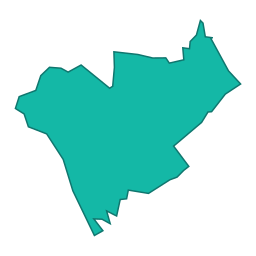 the district of Anderson, Tennessee, United States of America
{"feature_id": "52423323B19003785608571", "entity_name": "Anderson", "entity_type": "district", "adm_level": 2, "iso_a3": "USA", "parent_name": "United States of America", "parent_adm1": "Tennessee", "projection": "mercator", "projection_center": [-84.178, 36.106], "detail": "fine", "context": "isolated", "style": "filled", "palette": "teal", "viewbox_px": 256, "rotation_deg": 0, "n_neighbors": 0, "source": "geoboundaries", "source_scale": "gbopen_adm2", "svg_char_len": 736}
<svg xmlns="http://www.w3.org/2000/svg" viewBox="0 0 256 256"><path d="M212.9,37.8L205.3,36.8L203.0,23.1L200.4,20.5L196.4,35.1L190.2,41.5L189.5,48.7L182.8,47.8L183.8,59.8L169.3,63.1L165.8,57.9L152.7,58.0L137.9,54.5L113.9,51.8L114.4,67.4L112.7,86.3L109.6,88.2L81.1,65.0L68.1,72.1L61.0,68.2L49.5,67.3L40.8,75.6L35.8,90.4L19.2,96.6L15.4,108.5L24.1,113.9L28.4,126.8L46.7,133.9L63.2,159.4L72.9,190.9L94.4,235.5L102.9,230.7L93.8,218.9L102.0,219.2L110.2,223.7L106.6,210.9L116.6,216.0L120.2,199.5L126.6,198.8L128.3,190.1L148.5,193.4L169.8,179.8L177.1,177.1L183.7,170.4L188.8,166.4L173.6,146.1L201.6,122.4L208.0,112.0L211.6,111.7L225.3,94.1L240.6,84.0L228.5,70.9L210.5,37.8L212.9,37.8Z" fill="#14b8a6" stroke="#0f766e" stroke-width="1.5"/></svg>